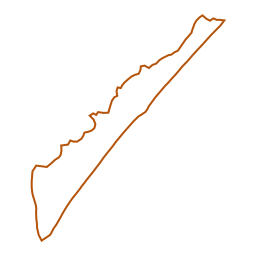 Barra dos Coqueiros, Sergipe, Brazil
{"feature_id": "56859067B3534711848449", "entity_name": "Barra dos Coqueiros", "entity_type": "district", "adm_level": 2, "iso_a3": "BRA", "parent_name": "Brazil", "parent_adm1": "Sergipe", "projection": "albers", "projection_center": [-36.963, -10.848], "detail": "fine", "context": "isolated", "style": "outline", "palette": "amber", "viewbox_px": 256, "rotation_deg": 0, "n_neighbors": 0, "source": "geoboundaries", "source_scale": "gbopen_adm2", "svg_char_len": 1640}
<svg xmlns="http://www.w3.org/2000/svg" viewBox="0 0 256 256"><path d="M41.6,240.6L46.0,237.7L50.0,235.0L51.6,232.4L53.6,228.4L56.1,225.0L58.2,221.4L60.6,217.2L62.2,214.2L64.4,210.4L66.8,206.5L69.4,202.6L71.9,199.0L73.9,196.4L76.3,193.5L78.2,191.1L80.0,188.7L81.8,186.1L85.0,182.1L87.2,179.1L89.1,176.8L92.8,172.2L95.5,168.6L99.9,162.9L103.6,157.6L107.5,152.6L112.4,146.6L115.9,141.8L123.8,132.3L133.7,121.1L138.5,116.4L141.6,114.5L145.5,111.9L147.3,109.3L149.0,105.9L151.3,102.9L153.0,100.5L155.0,97.8L157.9,94.3L161.4,90.2L164.7,86.3L168.4,82.5L171.6,78.8L174.7,75.5L178.2,71.5L182.2,66.6L187.7,60.9L192.6,55.2L198.2,49.1L202.8,44.2L210.7,35.4L217.4,28.6L220.3,25.7L224.3,20.4L219.8,19.8L216.8,19.9L213.2,18.4L210.0,20.7L206.4,18.8L202.5,15.4L199.5,17.4L196.3,20.7L194.4,24.1L192.4,29.6L191.5,32.7L188.4,36.4L185.5,39.6L177.9,50.7L174.6,52.2L171.4,54.6L168.4,55.2L165.6,56.6L162.4,58.2L159.5,60.1L156.0,63.7L152.5,64.9L149.0,68.0L144.5,65.6L140.8,66.4L140.5,69.8L138.6,73.8L135.1,74.8L131.7,76.4L128.2,79.2L124.6,82.4L122.2,85.3L120.7,88.1L117.7,87.4L116.5,91.1L117.3,95.8L114.3,97.3L112.0,100.6L110.4,105.5L108.3,112.7L103.4,112.9L98.1,112.1L96.2,114.9L93.2,113.4L89.7,115.6L93.7,119.7L95.4,124.2L94.5,127.9L92.0,130.3L88.6,131.7L84.5,132.6L83.2,135.9L81.4,138.8L77.2,141.6L73.6,141.6L70.3,140.5L68.0,144.6L61.2,145.5L61.5,150.7L60.6,155.0L58.8,157.5L55.3,159.6L51.2,163.4L46.8,167.0L36.2,165.6L34.3,168.6L32.5,171.2L32.2,175.2L31.7,181.3L31.7,187.7L32.2,192.2L32.8,195.2L34.0,199.1L35.8,205.1L36.3,208.4L36.1,211.6L36.2,215.3L36.3,218.6L36.9,223.5L37.1,228.0L38.7,235.0L41.6,240.6Z" fill="none" stroke="#b45309" stroke-width="2"/></svg>